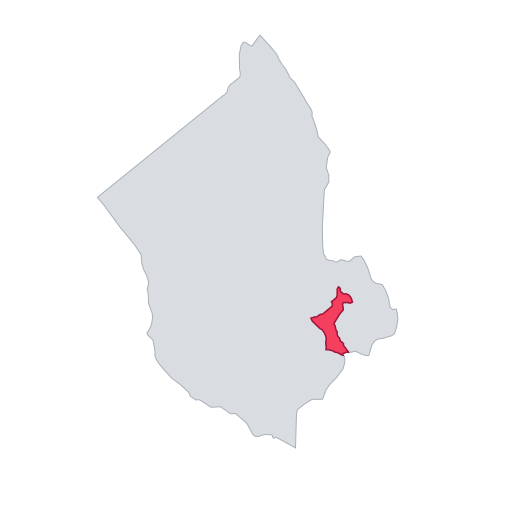 location of Amuru within Uganda, rotated 141°
{"feature_id": "UGA-5601", "entity_name": "Amuru", "entity_type": "District", "adm_level": 1, "iso_a3": "UGA", "parent_name": "Uganda", "parent_adm1": "", "projection": "natural_earth1", "projection_center": [31.868, 3.088], "detail": "fine", "context": "in_parent", "style": "filled", "palette": "rose", "viewbox_px": 512, "rotation_deg": 141, "n_neighbors": 0, "source": "natural_earth", "source_scale": "10m", "svg_char_len": 3435}
<svg xmlns="http://www.w3.org/2000/svg" viewBox="0 0 512 512"><g transform="rotate(141 256 256)"><path d="M342.3,401.4L336.6,401.4L327.2,401.4L317.8,401.4L308.4,401.4L299.0,401.4L289.6,401.4L280.2,401.4L270.8,401.4L261.4,401.4L252.0,401.4L242.6,401.4L233.2,401.4L223.8,401.4L214.4,401.4L205.0,401.4L195.6,401.4L186.2,401.4L180.7,401.4L179.6,401.2L178.8,400.9L175.2,401.7L171.6,404.4L167.7,405.5L163.5,405.1L163.0,405.4L160.9,405.3L157.8,405.1L155.1,405.8L153.0,408.2L150.8,412.2L147.0,416.8L144.0,420.9L141.4,423.8L135.5,428.6L132.3,430.0L130.7,429.8L129.8,428.9L127.9,422.7L126.8,421.8L115.4,424.9L113.7,425.0L113.8,423.1L113.0,408.7L112.9,399.9L114.4,394.3L115.2,388.0L115.3,382.4L117.4,372.8L116.6,367.1L119.3,347.0L120.0,343.8L121.1,334.1L122.8,331.1L124.3,329.9L126.2,324.0L130.0,314.5L132.6,309.6L132.0,298.9L132.4,291.6L133.0,290.0L138.5,287.3L145.7,280.6L148.7,272.7L153.0,267.6L161.3,264.3L185.8,237.2L197.3,222.6L202.2,215.1L202.4,212.4L203.4,208.9L201.4,206.1L199.0,203.6L198.2,201.3L196.2,200.1L193.2,200.2L191.3,198.5L189.1,195.2L186.9,193.1L179.9,193.3L174.5,190.0L174.6,185.4L176.7,176.3L180.8,166.0L181.0,163.2L180.4,160.7L179.5,158.6L177.6,156.6L175.9,154.1L177.2,146.7L179.8,139.4L181.9,135.7L184.0,131.6L183.4,128.3L180.4,126.6L181.9,123.4L185.2,117.9L191.4,112.3L197.0,108.6L200.6,108.6L207.8,111.5L214.3,115.0L217.8,115.2L222.1,113.8L231.1,107.6L233.2,109.5L235.8,113.3L238.7,119.5L244.3,122.3L247.0,124.3L248.9,124.9L250.0,124.4L252.1,119.5L254.7,116.8L259.5,113.5L270.0,110.8L277.5,110.0L280.7,109.4L286.0,107.8L294.4,102.8L302.7,109.3L311.7,110.5L320.4,110.5L323.1,108.5L324.6,107.0L333.7,96.4L346.1,82.0L354.3,102.3L357.2,103.5L356.8,105.2L356.1,106.9L361.5,111.8L368.1,114.4L370.5,116.9L370.7,119.6L368.5,131.4L368.9,134.8L371.1,146.7L375.0,149.3L378.5,161.3L385.6,166.3L386.6,167.8L388.3,173.6L390.5,179.9L392.2,181.4L393.2,181.7L395.3,188.5L394.1,192.2L395.7,203.7L398.4,214.0L399.1,226.2L399.1,231.6L399.0,234.9L398.4,239.6L397.2,242.3L394.9,244.9L392.4,249.0L390.2,253.5L388.9,255.6L389.9,262.3L389.7,264.0L389.1,264.8L385.9,265.8L381.8,267.6L379.3,269.4L375.7,272.7L372.9,276.4L369.2,287.1L362.9,295.4L361.9,298.1L356.0,303.1L353.4,309.2L351.7,316.7L349.4,322.1L344.4,329.5L343.3,341.1L343.5,364.4L342.2,390.9L342.3,401.4Z" fill="#d9dde1" stroke="#a8b0b8" stroke-width="1"/><path d="M250.0,125.4L250.6,125.3L251.0,124.8L251.0,124.4L252.1,126.0L252.3,127.1L252.9,128.1L253.2,129.4L255.3,131.8L255.9,133.8L258.6,137.5L260.6,139.1L258.6,141.2L256.6,144.4L253.3,147.7L252.3,149.5L251.2,153.4L251.0,157.0L252.0,159.5L253.2,169.7L253.0,171.1L252.4,173.2L251.2,172.5L249.0,171.9L247.1,170.4L244.7,170.4L242.8,170.2L240.9,168.9L228.4,169.1L226.9,170.6L226.1,173.0L220.0,173.0L217.7,174.3L215.3,177.3L213.6,179.3L211.3,180.1L210.9,178.8L211.1,177.3L211.3,177.0L212.2,176.4L212.5,176.1L212.6,175.4L212.5,174.6L212.3,173.9L212.0,171.8L211.5,171.1L210.7,170.6L209.7,169.8L208.5,167.6L208.3,165.0L208.8,162.5L210.1,159.4L212.3,160.0L213.6,161.3L214.7,163.0L216.1,163.4L216.6,164.3L217.2,164.7L218.2,164.7L219.0,164.1L220.3,161.9L221.9,159.3L227.5,158.2L238.1,154.4L238.3,153.2L238.4,152.0L240.4,148.3L240.4,147.0L240.8,145.8L241.5,145.0L242.2,144.0L242.7,142.9L243.0,141.8L242.8,140.5L242.9,139.2L243.9,137.0L243.8,136.0L243.3,134.9L243.2,133.6L243.3,132.4L244.0,132.0L244.3,131.2L244.6,122.5L244.6,122.4L244.9,123.1L245.8,124.0L246.6,124.6L250.0,125.4Z" fill="#f43f5e" stroke="#9f1239" stroke-width="1.5"/></g></svg>